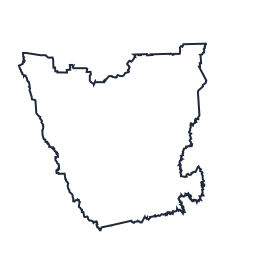 Glen Innes Severn, New South Wales, Australia, rotated 348°
{"feature_id": "25037944B18987498065819", "entity_name": "Glen Innes Severn", "entity_type": "district", "adm_level": 2, "iso_a3": "AUS", "parent_name": "Australia", "parent_adm1": "New South Wales", "projection": "equal_earth", "projection_center": [152.111, -29.631], "detail": "fine", "context": "isolated", "style": "outline", "palette": "slate", "viewbox_px": 256, "rotation_deg": 348, "n_neighbors": 0, "source": "geoboundaries", "source_scale": "gbopen_adm2", "svg_char_len": 5833}
<svg xmlns="http://www.w3.org/2000/svg" viewBox="0 0 256 256"><g transform="rotate(348 128 128)"><path d="M188.8,203.7L188.4,201.4L190.2,200.7L190.8,199.7L190.6,198.9L190.0,198.7L188.8,200.5L188.0,200.5L188.0,199.2L189.9,197.9L189.6,197.4L188.4,197.4L188.2,196.6L188.7,196.1L190.0,196.4L191.2,195.6L190.4,193.3L191.2,190.2L190.5,188.3L191.6,187.3L191.2,186.3L189.7,185.4L189.8,184.1L190.7,183.5L189.5,182.2L189.1,180.5L188.6,181.1L188.1,180.8L185.0,185.0L183.5,184.5L182.3,185.1L181.9,184.8L180.8,185.2L180.8,185.8L179.6,186.8L178.2,186.6L177.1,185.3L175.6,185.9L175.1,186.7L175.3,187.7L174.2,187.9L169.8,186.1L170.2,184.6L169.9,182.2L170.3,182.1L170.7,180.8L171.1,181.4L171.6,180.8L171.2,179.6L170.2,179.1L170.5,178.2L171.2,178.0L171.0,176.9L171.6,175.7L171.0,175.7L171.3,174.6L170.2,174.6L171.4,173.3L171.4,172.0L172.0,170.8L173.0,170.4L174.4,170.9L173.2,169.8L173.4,169.1L174.6,169.3L173.8,168.3L174.4,167.2L174.0,166.4L176.2,166.0L175.9,164.6L176.9,163.8L176.6,162.5L177.6,161.6L178.3,159.9L180.5,159.7L181.1,158.2L182.0,158.8L183.3,158.2L184.3,158.6L185.5,157.7L185.8,158.9L186.7,158.8L187.4,157.0L186.3,155.6L186.5,154.5L185.7,153.2L186.9,151.7L187.6,151.6L187.0,147.9L188.6,146.6L186.9,145.3L186.9,144.5L188.4,143.0L188.7,141.4L189.5,140.6L189.7,138.2L190.4,136.5L190.9,136.6L191.3,138.4L192.0,139.1L192.8,137.4L194.6,137.0L194.9,135.6L195.3,136.3L196.1,136.3L195.8,134.1L196.2,133.0L198.6,134.0L198.8,132.2L200.5,130.5L203.9,107.2L204.8,105.9L209.9,102.9L209.8,102.1L210.3,101.5L213.2,100.2L214.0,99.0L213.9,98.3L214.5,97.8L210.2,82.8L211.2,83.0L211.7,79.5L213.0,79.8L214.1,72.0L213.8,71.4L215.9,71.4L217.0,70.0L218.1,70.0L218.8,67.4L218.5,66.5L219.7,65.8L219.7,65.0L220.3,64.6L220.1,63.9L220.6,63.4L220.8,62.3L221.7,62.2L221.7,61.7L199.7,57.6L198.1,59.8L196.9,58.9L195.4,60.2L195.2,62.9L194.0,66.2L188.0,65.0L187.9,65.7L186.9,65.7L185.3,64.1L184.1,64.5L183.7,64.0L166.1,60.8L166.5,61.6L161.8,60.9L161.9,59.7L155.9,58.6L155.8,59.4L154.3,59.1L154.6,58.9L153.7,58.7L153.8,58.2L149.0,57.4L149.8,58.2L149.9,60.2L149.1,60.0L148.0,61.6L145.1,63.8L143.4,62.5L140.6,64.8L140.5,65.7L141.7,67.2L141.7,68.2L142.2,68.8L140.9,70.8L139.9,71.3L140.0,72.4L140.6,72.9L140.2,73.5L136.7,73.6L134.7,75.7L133.3,76.1L131.3,75.6L129.0,74.1L127.6,75.2L127.5,76.0L126.7,76.2L123.3,74.7L122.9,73.8L120.0,73.4L116.5,76.1L115.9,76.0L115.8,76.6L115.1,76.5L115.0,77.4L114.1,77.2L114.0,78.2L105.9,76.5L105.7,75.5L103.6,78.4L103.6,77.8L101.1,75.2L100.5,73.8L101.5,68.9L102.7,68.2L103.0,65.3L99.2,64.6L100.4,61.6L99.5,60.8L87.1,58.2L86.5,57.1L87.4,55.9L87.0,56.0L86.6,54.7L84.2,54.3L83.6,59.0L80.2,58.5L79.9,61.1L70.4,58.9L70.6,57.7L68.7,57.4L69.2,53.7L67.6,53.5L69.0,45.6L68.9,43.4L64.6,42.6L62.4,39.6L57.8,38.7L43.6,33.3L40.9,32.8L40.4,36.5L41.0,37.1L40.2,38.1L40.1,38.8L40.5,39.2L39.8,40.2L40.4,40.1L40.9,40.8L39.7,42.2L38.6,42.5L38.2,43.5L34.3,44.3L34.6,47.5L35.3,48.8L35.2,50.7L36.0,51.8L35.7,53.1L37.3,54.7L37.1,55.6L37.9,55.0L38.7,55.5L39.0,57.3L39.6,58.5L39.2,60.1L39.7,60.9L39.7,61.8L40.5,62.3L40.6,65.7L40.4,66.7L39.7,67.1L40.5,68.7L39.5,70.5L40.0,73.5L39.9,75.4L40.3,76.6L40.0,79.9L43.2,81.6L41.4,94.6L43.6,98.4L44.5,98.9L43.9,100.4L45.2,102.8L45.3,103.2L44.5,104.4L45.7,107.4L45.2,108.4L45.5,109.1L44.5,111.7L43.8,112.2L43.3,114.9L43.0,117.6L43.3,121.4L44.7,122.1L44.4,124.4L45.9,124.7L45.8,125.6L46.4,125.7L46.3,126.9L47.1,127.1L47.4,128.8L47.0,130.0L48.4,130.3L49.9,132.3L50.1,131.2L50.5,131.3L50.3,132.3L51.5,132.6L51.5,135.4L52.6,136.1L52.5,137.3L53.4,137.4L53.0,138.7L53.8,138.8L53.5,141.6L51.2,141.3L51.1,142.1L50.8,142.0L50.4,144.5L51.3,146.0L51.5,147.8L52.7,149.1L52.2,153.4L51.4,153.2L51.2,154.3L50.3,154.2L50.3,154.8L49.1,154.7L48.8,157.2L50.7,157.5L50.6,158.4L56.5,159.5L56.1,165.0L56.7,165.5L56.5,166.8L58.0,169.6L56.9,172.1L57.0,175.2L57.7,176.5L57.5,178.4L59.6,181.3L59.8,182.7L59.5,183.2L59.8,185.6L59.2,188.3L60.4,188.8L61.5,187.8L63.3,188.0L63.9,187.3L65.0,188.3L64.7,189.2L65.5,190.5L65.0,190.8L63.5,194.9L64.8,196.4L65.4,198.2L66.0,198.4L65.4,200.6L66.9,201.1L66.7,205.4L67.2,206.1L69.8,206.2L70.2,207.3L70.1,208.6L71.0,210.5L73.1,211.1L74.2,212.1L74.5,213.7L76.1,212.7L77.1,213.3L77.6,212.8L78.0,213.2L78.0,215.7L77.2,215.7L77.1,216.8L77.2,218.0L77.6,218.4L76.7,218.5L77.9,218.9L79.4,222.3L79.8,222.3L80.0,220.9L80.6,221.0L81.5,219.7L91.6,219.7L91.8,220.0L92.5,219.7L112.1,219.4L112.3,220.7L114.0,222.0L114.7,221.2L117.7,221.3L118.2,220.8L118.7,221.6L119.8,221.8L120.3,222.8L121.8,223.2L125.8,218.5L125.8,219.1L126.7,219.5L127.2,220.5L128.1,219.7L128.0,220.3L129.0,221.8L131.1,220.4L131.1,219.6L134.4,219.8L136.3,219.0L136.4,220.4L139.6,219.7L140.4,220.5L141.2,220.4L142.9,219.3L144.5,220.0L146.0,219.8L146.4,220.8L147.2,219.9L147.2,220.6L147.9,221.2L149.6,218.6L150.6,218.8L150.8,220.7L151.3,221.1L152.2,220.7L152.5,219.9L153.9,221.3L154.1,220.8L153.6,220.0L154.2,219.1L154.9,218.6L155.4,219.3L157.7,219.4L158.9,218.6L159.3,216.9L160.3,219.5L161.8,218.8L162.2,219.8L162.8,219.9L164.0,223.1L164.5,222.2L166.0,222.0L165.0,220.2L165.8,219.8L165.1,219.0L165.5,218.2L164.7,218.1L164.3,216.8L164.6,216.4L165.5,216.8L165.7,216.2L163.5,213.9L164.3,213.8L164.4,212.9L164.9,212.9L165.1,212.0L163.3,211.1L163.8,210.2L163.1,209.4L163.3,208.5L162.7,207.7L164.2,205.9L165.3,206.0L165.5,205.3L166.1,205.4L166.3,204.5L167.0,206.0L168.4,206.7L169.1,206.0L170.2,206.0L170.5,204.2L172.2,205.2L173.4,204.4L173.5,204.9L172.2,206.0L173.9,206.0L174.0,206.6L173.3,206.9L173.5,208.3L174.4,207.5L174.6,206.5L175.3,207.0L175.5,208.0L173.8,209.0L174.2,210.5L174.9,210.4L175.3,212.5L175.8,212.9L176.4,212.3L177.2,213.1L177.4,212.8L177.1,212.0L178.0,211.9L179.5,212.8L179.9,215.0L180.3,214.3L180.2,213.3L181.0,213.9L181.8,213.3L182.2,214.1L183.3,212.6L184.3,213.3L183.9,211.8L184.3,211.0L183.9,209.7L185.1,209.9L186.1,209.1L187.8,209.7L187.8,209.1L186.6,207.8L187.6,206.6L187.7,203.8L188.8,203.7Z" fill="none" stroke="#1e293b" stroke-width="2"/></g></svg>